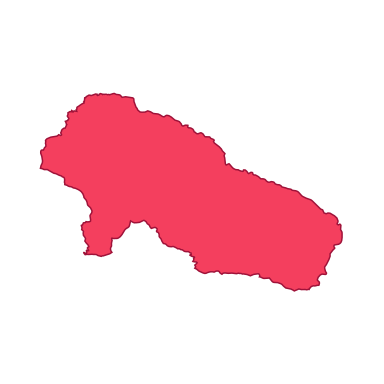 La Peña, Cundinamarca, Colombia (Natural Earth projection), rotated 281°
{"feature_id": "7082276B76802469415044", "entity_name": "La Peña", "entity_type": "district", "adm_level": 2, "iso_a3": "COL", "parent_name": "Colombia", "parent_adm1": "Cundinamarca", "projection": "natural_earth1", "projection_center": [-74.408, 5.202], "detail": "fine", "context": "isolated", "style": "filled", "palette": "rose", "viewbox_px": 384, "rotation_deg": 281, "n_neighbors": 0, "source": "geoboundaries", "source_scale": "gbopen_adm2", "svg_char_len": 6000}
<svg xmlns="http://www.w3.org/2000/svg" viewBox="0 0 384 384"><g transform="rotate(281 192 192)"><path d="M110.1,99.1L110.8,100.9L110.9,102.2L111.8,105.7L111.9,107.1L112.3,109.3L112.3,110.3L111.7,111.7L111.5,115.2L112.3,116.3L112.4,117.1L115.7,123.1L117.5,124.9L118.6,123.7L120.5,122.8L121.9,122.8L123.6,123.3L126.5,122.7L129.2,122.8L130.8,122.0L131.4,122.2L131.4,124.1L132.2,127.5L132.8,128.5L134.5,130.1L136.9,131.4L142.1,133.3L143.5,134.3L144.9,135.9L145.9,136.7L147.0,137.0L151.9,137.2L150.9,140.2L150.8,141.3L151.2,143.1L152.2,146.3L154.9,149.9L155.0,150.5L154.1,152.6L152.4,154.1L151.3,156.4L149.6,157.6L148.5,159.0L149.7,161.2L150.2,162.4L150.0,163.5L149.2,164.8L148.1,165.0L147.0,164.6L146.4,164.8L146.0,165.4L146.0,166.2L145.3,167.1L143.7,168.0L142.5,168.1L141.7,168.5L140.0,170.6L138.2,171.7L136.0,173.7L136.0,175.4L135.7,176.5L134.5,178.1L134.1,179.7L134.3,182.1L134.9,183.7L134.9,184.5L134.1,187.6L133.5,188.7L133.9,190.5L133.3,191.9L133.4,193.6L132.3,195.8L132.3,197.4L132.8,200.0L132.0,201.5L131.9,202.7L130.4,203.2L130.1,203.0L130.1,202.2L129.5,202.1L128.8,204.2L128.7,206.4L128.4,206.9L128.0,206.9L127.3,206.2L125.8,206.7L124.0,206.1L123.9,207.6L124.1,209.5L123.8,210.4L122.8,210.3L120.8,208.7L119.2,209.9L117.7,209.3L117.2,211.2L115.7,213.9L114.7,218.0L114.5,219.8L114.8,221.1L115.9,222.7L117.1,225.0L117.6,227.5L117.6,229.0L119.0,230.9L119.4,232.7L119.1,233.9L118.2,234.6L117.6,235.5L117.0,237.1L118.2,238.0L118.8,239.7L119.1,243.2L120.0,246.6L120.3,251.2L121.2,253.2L121.1,254.3L121.4,255.6L121.1,257.2L121.4,258.0L121.5,261.9L120.9,265.3L122.9,268.3L124.4,272.6L124.2,273.4L123.5,274.1L122.6,274.5L121.6,274.4L121.7,274.9L120.9,278.3L120.9,279.2L122.3,284.4L119.6,287.6L119.0,288.7L118.9,289.6L119.4,293.5L118.9,296.7L118.5,297.9L117.1,299.8L115.7,302.3L115.6,307.6L115.1,309.6L114.4,311.3L117.2,315.4L117.1,318.0L117.9,321.7L117.9,323.3L118.7,325.0L118.7,325.6L119.9,325.7L120.1,326.1L121.8,327.0L122.4,327.8L123.1,329.1L123.2,330.3L123.7,331.7L124.3,332.5L124.4,333.5L124.8,334.4L126.6,334.5L127.8,334.2L129.4,331.9L130.0,331.8L132.3,332.1L135.0,333.7L136.0,335.0L136.3,335.8L136.5,338.6L136.9,339.3L137.5,339.5L138.1,339.5L139.5,338.2L142.1,336.9L143.8,336.5L146.3,337.7L152.0,339.3L155.3,339.8L157.7,339.3L161.9,341.4L163.9,342.8L164.3,342.8L164.7,342.2L165.9,341.6L166.9,341.7L167.3,342.2L168.7,345.9L169.8,347.1L170.9,347.8L172.8,348.2L175.9,348.0L179.6,347.3L181.2,346.9L183.5,345.0L187.8,344.5L188.6,343.5L188.5,343.0L187.6,341.9L188.1,340.7L188.9,340.5L190.1,340.9L191.3,340.9L194.1,339.2L195.8,336.4L197.5,331.6L197.3,329.4L196.5,328.3L196.3,327.7L196.6,325.6L199.4,323.6L199.8,321.6L200.4,320.6L206.2,311.8L207.0,310.2L207.7,305.3L208.7,301.6L209.2,300.5L212.2,296.5L212.7,295.4L213.0,293.7L212.8,290.1L213.5,288.8L213.6,287.7L213.5,285.4L213.9,283.3L214.1,279.4L215.2,278.0L215.7,276.5L215.5,274.1L215.8,272.2L217.1,270.8L217.4,269.6L217.3,267.7L216.5,266.5L216.2,264.9L216.9,263.1L218.1,261.6L218.4,260.8L218.5,259.3L218.1,257.0L219.7,254.4L220.5,252.1L220.8,250.7L220.5,249.8L220.8,248.8L221.0,248.5L222.3,247.9L222.7,247.2L222.5,246.0L220.9,244.2L221.2,243.4L222.6,242.0L223.7,240.2L223.6,238.6L223.3,238.3L222.3,238.3L221.9,237.8L221.9,235.8L222.3,233.9L222.6,233.3L222.3,230.5L222.9,228.4L223.6,227.1L226.7,223.2L226.6,222.5L225.1,220.6L225.2,220.0L226.3,219.3L231.7,217.6L233.5,216.7L234.0,216.6L236.0,217.0L238.1,214.0L239.8,212.6L241.6,210.1L244.4,204.5L245.7,203.5L247.0,203.9L247.6,203.3L248.3,200.0L249.2,199.2L249.4,198.5L248.7,194.4L249.1,193.7L251.1,191.7L251.8,190.0L251.7,189.0L250.3,186.8L250.2,185.4L251.3,183.5L251.4,182.7L253.0,181.7L253.9,180.7L254.6,178.6L254.4,176.4L254.7,175.6L255.4,175.3L256.3,175.4L256.7,175.2L256.3,172.6L255.1,170.8L255.1,169.9L255.4,169.3L256.8,168.4L258.6,166.2L258.9,165.2L259.3,161.5L261.6,157.4L262.5,154.8L262.5,152.7L262.1,151.9L260.5,150.3L260.4,149.3L260.8,147.8L261.5,146.2L262.1,143.9L261.7,139.0L262.8,136.1L263.2,133.1L261.5,130.7L260.8,127.8L260.6,125.8L262.1,123.1L263.6,122.1L264.7,120.8L269.7,117.8L272.3,117.1L272.9,116.4L273.1,115.7L272.8,108.6L271.6,105.4L273.1,103.4L273.5,102.6L273.5,100.9L273.3,99.1L273.9,96.9L273.5,95.8L271.7,92.5L271.9,91.7L271.4,90.7L271.6,89.3L271.3,87.7L271.0,87.2L271.0,85.9L270.6,85.6L271.0,84.7L271.1,83.2L270.6,82.7L269.4,82.1L268.7,80.9L268.8,80.6L269.7,79.8L269.8,79.9L269.8,78.7L267.6,75.0L267.4,74.2L267.6,73.4L267.3,72.1L266.3,71.1L265.5,70.0L264.4,69.7L264.0,68.7L261.3,69.0L261.0,68.8L260.3,69.0L259.9,68.5L258.9,69.1L257.4,67.1L253.3,63.0L252.5,62.9L251.5,63.2L250.7,62.6L249.2,63.5L249.1,60.7L247.8,59.9L248.9,58.8L249.1,58.3L247.7,58.1L247.6,56.8L246.1,55.1L244.6,55.5L242.8,55.1L242.1,55.6L240.9,57.0L240.3,57.1L239.1,56.4L238.5,56.4L237.2,54.2L235.9,55.2L234.6,55.7L234.4,56.2L230.5,55.3L230.2,54.1L228.6,52.6L227.4,52.2L226.4,52.3L225.6,51.9L224.9,51.9L223.7,52.9L223.0,53.0L222.4,52.3L222.8,50.2L222.0,49.7L221.0,48.6L218.9,42.9L216.6,39.5L215.3,38.6L214.3,38.4L213.7,38.8L211.7,38.9L210.6,39.5L208.9,39.8L207.1,38.7L204.9,38.2L204.5,36.5L204.1,36.1L203.3,35.8L202.2,35.9L201.0,36.2L198.3,37.8L193.9,39.4L191.8,39.5L189.2,38.8L186.3,38.7L186.3,40.6L185.8,42.6L186.4,45.7L184.1,52.6L184.0,55.1L183.1,58.4L182.8,60.9L182.2,61.7L181.9,63.4L181.4,64.0L179.6,64.7L177.3,64.9L176.0,65.6L175.0,65.7L174.7,68.3L174.3,69.0L174.0,70.5L174.1,72.7L173.4,74.7L173.4,76.8L172.7,79.9L171.8,82.2L171.1,83.4L169.4,85.2L167.2,86.6L166.0,87.0L163.7,89.8L161.8,91.0L159.6,91.9L159.0,92.4L157.2,95.3L154.6,97.3L154.0,97.5L152.4,97.5L150.3,96.6L149.2,96.4L145.3,97.8L143.9,97.9L143.2,96.9L142.7,95.0L142.7,93.6L141.7,93.3L141.0,91.3L138.7,90.8L138.4,90.5L138.3,89.8L138.0,89.7L135.9,90.9L134.0,90.9L133.2,92.4L132.5,93.0L130.9,93.0L128.7,93.7L127.2,95.4L126.1,96.3L125.4,96.4L123.4,96.2L121.6,98.1L120.4,99.8L118.9,101.1L118.4,101.1L117.6,100.1L117.0,100.0L115.1,101.6L114.7,101.7L114.6,101.3L114.7,99.7L114.1,99.5L113.0,100.2L112.2,100.2L111.8,99.9L111.5,99.2L112.0,97.8L112.0,97.4L111.8,97.3L111.3,97.6L110.1,99.1Z" fill="#f43f5e" stroke="#9f1239" stroke-width="1.5"/></g></svg>